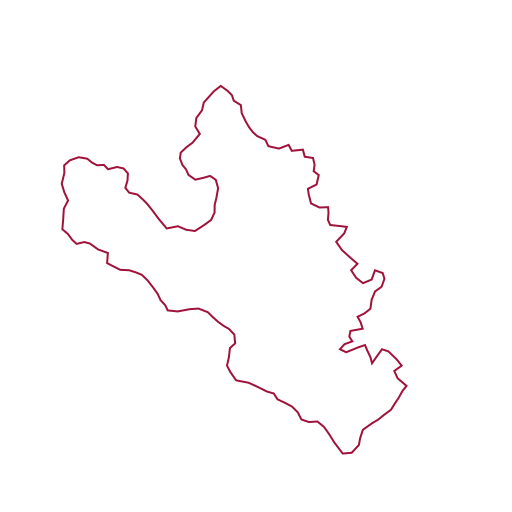 Morungaba, São Paulo, Brazil (orthographic projection), rotated 42°
{"feature_id": "56859067B67621122776092", "entity_name": "Morungaba", "entity_type": "district", "adm_level": 2, "iso_a3": "BRA", "parent_name": "Brazil", "parent_adm1": "São Paulo", "projection": "orthographic", "projection_center": [-46.788, -22.888], "detail": "fine", "context": "isolated", "style": "outline", "palette": "rose", "viewbox_px": 512, "rotation_deg": 42, "n_neighbors": 0, "source": "geoboundaries", "source_scale": "gbopen_adm2", "svg_char_len": 2392}
<svg xmlns="http://www.w3.org/2000/svg" viewBox="0 0 512 512"><g transform="rotate(42 256 256)"><path d="M158.6,163.0L149.8,159.4L143.8,154.0L135.6,155.5L130.5,152.6L124.2,152.3L116.0,153.2L114.5,161.5L114.5,169.3L114.5,176.8L118.4,183.9L119.3,193.3L124.2,200.4L132.6,202.9L133.0,214.4L131.5,221.9L130.9,229.6L134.2,234.4L140.4,237.6L145.9,238.4L151.6,240.9L159.8,239.9L164.4,233.4L168.3,227.2L175.1,226.3L182.4,230.9L187.5,239.0L191.2,245.8L196.2,251.5L198.5,259.3L196.8,267.5L193.9,278.3L186.6,283.2L178.1,286.1L171.2,295.3L159.2,293.6L148.7,291.5L140.4,290.1L134.1,289.7L126.7,289.7L119.4,293.8L113.3,292.8L110.0,285.9L105.5,280.3L98.9,279.6L93.2,282.8L88.0,290.5L82.0,290.1L77.2,294.9L71.8,296.3L65.5,296.6L58.2,301.2L53.6,309.5L52.8,317.0L58.0,322.5L63.3,332.3L70.9,336.9L79.2,340.5L81.5,349.4L87.5,356.9L94.2,365.7L101.6,365.5L108.6,367.0L114.6,367.0L119.1,360.5L124.2,357.9L134.2,356.8L143.9,352.9L150.1,360.9L156.0,359.4L164.4,357.1L171.2,351.5L177.6,348.6L183.6,346.4L191.8,346.7L200.8,348.3L208.4,350.0L214.7,352.7L221.4,353.3L226.8,355.5L234.9,349.6L238.4,345.0L242.4,339.8L248.5,333.5L257.8,330.0L264.2,330.3L271.4,330.3L278.6,329.6L284.6,328.3L292.5,328.9L299.0,334.9L298.2,341.8L303.6,349.4L307.8,356.9L314.5,359.4L324.4,361.7L335.2,355.2L344.4,352.3L354.8,349.4L361.2,346.3L367.9,348.1L376.0,345.7L383.5,343.8L391.6,344.2L399.1,347.1L406.4,344.0L412.4,337.9L420.9,337.5L429.7,339.5L438.7,342.1L452.6,344.8L458.8,338.2L458.9,327.5L455.5,322.1L451.7,313.7L454.1,302.9L456.3,295.7L457.4,288.6L459.2,280.0L458.0,273.4L456.9,265.9L455.1,258.0L454.8,251.8L443.0,252.1L435.7,248.9L437.6,240.0L429.7,238.7L418.2,238.3L412.0,241.0L413.0,249.9L414.0,258.1L408.9,254.7L402.0,251.8L396.6,249.3L393.5,254.7L387.4,267.2L380.8,269.1L380.8,262.3L384.7,255.0L379.3,253.5L376.3,248.5L383.9,238.7L378.2,235.3L372.2,233.2L375.1,225.9L376.3,218.6L371.2,211.1L368.2,202.7L369.9,194.8L366.7,187.0L361.6,183.9L354.0,187.0L357.7,196.1L353.7,204.6L345.0,205.2L336.2,202.9L336.6,193.9L328.1,194.1L316.0,194.1L306.1,191.8L306.4,180.1L304.0,173.6L297.5,178.2L290.4,183.3L285.2,181.0L281.1,175.5L276.9,171.5L270.7,177.5L261.7,180.1L253.9,174.9L249.6,171.3L253.2,162.4L248.5,153.9L242.1,154.4L238.5,149.0L232.8,145.0L225.8,149.6L219.7,145.6L212.2,153.9L205.9,151.6L201.2,160.8L191.7,166.1L185.2,163.4L176.7,166.1L170.9,166.1L164.9,165.0L158.6,163.0Z" fill="none" stroke="#9f1239" stroke-width="2"/></g></svg>